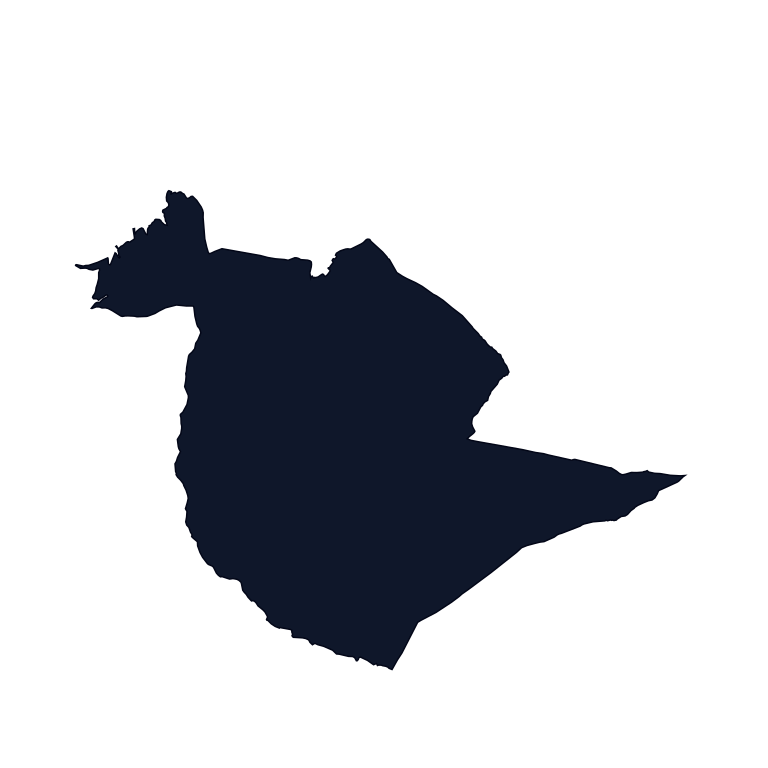 Poplaca, Sibiu, Romania, rotated 66°
{"feature_id": "2599482B75853154347523", "entity_name": "Poplaca", "entity_type": "district", "adm_level": 2, "iso_a3": "ROU", "parent_name": "Romania", "parent_adm1": "Sibiu", "projection": "equal_earth", "projection_center": [24.032, 45.739], "detail": "fine", "context": "isolated", "style": "filled", "palette": "ink", "viewbox_px": 768, "rotation_deg": 66, "n_neighbors": 0, "source": "geoboundaries", "source_scale": "gbopen_adm2", "svg_char_len": 6170}
<svg xmlns="http://www.w3.org/2000/svg" viewBox="0 0 768 768"><g transform="rotate(66 384 384)"><path d="M195.8,620.6L196.2,620.1L196.5,615.5L197.9,612.6L199.8,610.7L201.1,607.5L202.8,605.3L206.6,602.3L214.9,596.7L215.8,595.5L216.6,592.6L217.7,590.0L220.4,584.6L222.1,582.3L225.6,573.6L225.9,572.4L226.4,564.6L225.8,559.7L225.5,552.6L227.4,541.5L232.3,532.9L235.0,526.8L236.4,526.4L245.4,529.2L252.9,530.6L255.5,530.8L258.1,530.1L260.4,530.1L262.8,530.5L268.2,536.2L270.2,539.4L274.8,542.6L276.8,546.4L277.9,549.8L279.1,551.2L288.9,557.7L292.0,559.3L293.8,560.8L296.6,561.7L300.4,563.8L305.4,567.2L314.9,567.4L317.0,568.3L322.6,572.3L327.9,579.2L328.9,582.3L329.9,582.9L332.0,583.1L337.6,585.4L340.1,585.9L342.3,586.9L346.9,589.9L350.6,595.3L357.6,597.4L359.8,597.7L363.0,597.4L367.1,602.4L370.2,605.1L371.9,607.4L379.3,610.0L381.1,610.0L382.3,610.8L385.2,610.4L389.1,608.9L393.4,607.9L395.4,608.2L400.6,608.0L406.1,608.6L408.9,609.4L412.3,611.9L417.2,616.1L420.3,615.8L425.3,618.5L429.3,621.2L432.6,621.6L435.7,620.6L440.5,621.0L443.9,620.6L444.9,621.7L446.2,621.5L452.2,618.6L456.1,620.1L463.1,620.6L468.6,620.2L476.1,618.4L477.4,617.8L480.4,615.0L481.9,614.3L488.6,614.0L491.4,613.1L493.4,612.0L493.9,611.4L493.8,610.6L499.4,604.4L500.3,601.2L501.2,599.8L502.6,597.8L504.3,596.4L506.8,595.3L508.3,595.4L514.9,596.9L517.4,596.4L520.2,595.4L523.7,594.9L528.3,593.3L528.6,591.8L529.9,590.6L531.7,589.9L535.6,589.3L540.8,586.6L543.7,585.5L548.8,585.0L549.9,585.5L551.3,587.1L552.1,587.1L552.8,586.2L557.3,584.5L561.2,582.0L564.4,578.9L564.0,578.4L570.2,569.3L571.4,568.4L573.2,569.1L575.6,569.3L576.3,570.3L577.3,570.4L578.5,569.9L582.8,561.6L584.7,559.0L586.7,557.2L587.6,556.8L589.9,556.7L593.1,555.4L592.8,553.5L593.0,552.4L595.3,550.4L599.0,545.9L606.3,539.2L611.3,537.2L612.6,534.8L618.4,527.2L620.2,523.5L622.0,522.1L625.6,521.8L625.9,521.0L625.2,519.6L624.2,518.7L623.7,517.7L623.9,516.6L629.8,511.5L636.2,507.7L636.3,504.5L638.5,504.5L638.6,503.2L639.7,500.9L640.8,499.8L642.5,497.3L644.1,495.7L645.8,495.0L648.1,492.8L641.6,484.1L637.0,477.0L615.4,450.2L614.9,446.3L613.8,429.3L610.8,411.1L608.7,401.9L607.5,398.1L605.9,390.0L599.8,362.9L591.7,331.4L589.5,324.9L589.7,319.1L591.0,310.8L591.9,305.8L593.1,301.9L593.1,290.7L592.3,287.3L592.2,285.3L592.6,282.6L593.6,262.6L593.2,260.4L593.2,258.3L594.9,249.1L598.9,237.8L598.7,236.7L599.9,235.3L600.3,232.5L601.1,231.6L601.1,230.9L602.3,229.4L602.8,227.0L602.3,226.1L601.5,221.2L602.6,217.4L602.2,214.6L600.1,209.9L599.3,206.1L598.7,205.0L598.1,201.4L598.0,194.7L598.2,189.9L599.0,186.3L598.2,182.9L595.5,179.1L593.1,176.5L592.9,156.2L592.6,154.3L590.4,148.4L590.0,146.3L588.5,150.5L583.9,159.5L578.2,168.1L575.6,173.2L572.1,178.0L570.2,178.8L570.2,180.8L569.8,182.0L569.7,183.7L567.7,189.2L565.4,194.1L564.7,199.7L564.2,202.1L563.6,203.6L561.4,205.4L558.1,207.1L553.0,210.6L552.0,212.4L530.5,240.3L530.0,242.1L530.1,243.3L515.7,262.7L512.5,266.6L508.3,273.3L500.4,284.0L475.2,321.2L470.8,327.5L467.9,330.3L466.8,327.6L465.5,322.7L464.9,321.2L464.1,320.2L459.3,320.5L456.0,320.1L453.9,319.0L451.8,317.6L450.6,316.4L450.1,315.6L448.7,310.5L444.3,304.9L443.6,302.7L442.6,301.7L442.0,300.5L441.4,299.1L441.1,296.0L437.9,293.6L436.0,290.8L434.3,289.4L430.2,280.6L427.3,277.3L426.6,274.1L425.7,272.5L425.5,271.5L425.9,270.9L425.5,268.2L425.9,267.5L424.3,265.8L423.9,265.0L417.5,264.7L413.3,265.7L410.3,265.4L407.7,266.0L405.2,265.6L404.3,265.9L402.4,267.8L399.4,268.4L395.9,270.3L394.1,270.6L394.0,271.5L391.5,272.8L389.2,273.6L385.8,274.1L384.6,274.6L382.9,275.9L380.9,275.8L379.1,276.9L376.2,277.4L369.4,280.0L367.7,280.2L353.4,284.7L342.2,290.8L331.6,296.0L324.9,300.2L322.0,302.6L310.4,309.4L304.5,313.8L297.0,320.3L293.1,323.3L287.4,327.0L272.2,328.5L271.0,329.5L269.2,329.6L262.8,331.6L248.4,337.9L246.3,338.2L245.6,338.9L245.0,340.1L244.9,341.4L246.4,345.3L246.8,347.9L247.2,358.5L247.1,359.9L245.8,362.1L245.2,363.9L244.9,366.2L244.6,369.9L245.2,374.3L246.6,375.9L247.7,375.4L248.5,375.5L248.9,376.0L249.9,378.2L249.0,379.1L249.0,379.7L250.0,381.1L252.3,380.9L254.7,385.4L255.6,386.3L255.2,387.6L255.6,388.0L258.2,387.0L258.9,387.2L261.3,391.4L261.9,394.1L261.4,394.5L259.4,394.7L258.6,395.4L258.6,396.5L259.4,400.6L259.0,403.1L258.4,404.1L258.9,404.7L258.7,405.3L256.3,405.6L256.2,406.2L257.7,408.0L252.2,406.5L247.4,402.8L245.3,401.6L243.0,400.8L241.4,401.5L239.8,403.4L236.5,409.5L234.6,410.9L233.3,412.4L232.4,414.1L232.0,421.2L229.8,424.3L225.5,432.2L221.2,438.7L216.3,444.8L194.5,477.0L194.1,484.5L194.2,489.0L193.8,490.8L192.1,491.0L186.8,490.3L178.6,488.7L158.2,481.5L154.0,479.5L151.3,479.0L147.9,479.0L140.1,480.4L134.7,482.5L134.2,483.9L134.7,485.7L134.8,487.7L133.8,488.8L129.1,489.5L126.9,491.5L127.0,491.0L126.0,491.5L125.5,492.4L125.4,493.9L125.7,495.4L125.3,496.2L124.2,496.6L123.8,497.6L123.8,501.3L123.0,501.2L123.0,500.2L121.8,500.0L119.9,501.9L120.2,503.0L121.8,504.8L124.9,506.9L128.4,508.1L130.6,507.3L133.0,507.7L134.3,508.9L134.5,510.4L135.1,511.4L135.2,515.2L136.1,516.0L137.3,516.2L138.9,515.2L141.1,516.4L143.6,516.5L146.3,517.3L147.7,517.0L150.9,517.5L149.1,519.8L145.3,521.4L143.9,521.4L142.4,522.3L140.7,525.5L140.9,526.7L142.1,527.9L142.4,530.0L143.9,532.0L144.0,534.4L145.2,534.7L145.6,536.1L146.5,537.0L151.2,539.5L150.4,540.6L144.1,540.9L142.9,541.9L142.9,544.1L144.0,548.0L144.9,549.4L146.4,550.5L143.6,549.9L140.5,548.7L140.2,550.1L148.3,552.3L150.0,553.0L151.0,558.7L150.1,559.6L149.7,560.7L149.8,561.9L151.2,565.9L151.3,568.5L152.6,571.6L149.1,572.2L149.3,573.1L152.7,572.0L153.8,572.8L156.8,573.2L158.2,573.9L160.8,573.5L161.2,574.5L160.1,575.2L156.0,575.6L154.8,576.3L163.7,585.4L163.4,586.4L162.1,586.9L157.3,585.1L156.4,585.1L156.4,596.0L155.5,605.5L154.4,608.3L154.0,610.8L149.9,616.4L149.8,617.1L150.1,617.5L150.4,617.5L154.9,614.3L156.6,609.8L157.6,608.2L159.3,606.8L161.5,603.6L162.3,597.7L163.2,597.1L164.7,597.8L166.1,599.3L171.7,601.8L176.3,605.4L178.9,607.8L181.8,609.6L183.8,611.5L185.2,613.9L186.3,615.0L188.0,614.7L189.3,611.7L191.4,610.6L190.5,607.6L190.6,606.0L189.7,601.9L189.7,601.0L191.2,600.5L191.8,601.0L192.2,605.6L192.7,607.7L193.9,610.5L192.9,612.6L192.7,613.8L193.1,615.4L195.8,620.6Z" fill="#0f172a" stroke="#020617" stroke-width="1.5"/></g></svg>